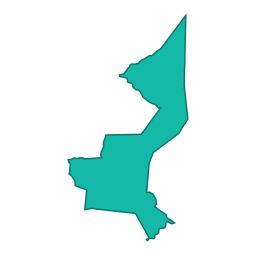 outline of La Croix Maingot, Anse-la-Raye, Saint Lucia, rotated 90°
{"feature_id": "8701671B12954312315710", "entity_name": "La Croix Maingot", "entity_type": "district", "adm_level": 2, "iso_a3": "LCA", "parent_name": "Saint Lucia", "parent_adm1": "Anse-la-Raye", "projection": "albers", "projection_center": [-61.005, 13.965], "detail": "fine", "context": "isolated", "style": "filled", "palette": "teal", "viewbox_px": 256, "rotation_deg": 90, "n_neighbors": 0, "source": "geoboundaries", "source_scale": "gbopen_adm2", "svg_char_len": 2216}
<svg xmlns="http://www.w3.org/2000/svg" viewBox="0 0 256 256"><g transform="rotate(90 128 128)"><path d="M15.4,70.2L48.8,95.3L51.2,99.2L54.0,102.3L55.0,103.2L55.7,104.1L55.7,106.6L57.3,109.2L58.2,110.5L59.0,111.9L60.2,114.6L61.6,116.2L63.4,117.6L63.7,119.8L64.2,120.8L64.0,124.0L64.9,125.9L67.2,126.7L68.0,128.0L69.5,128.9L70.5,129.3L71.2,130.3L73.1,131.5L74.1,132.6L74.8,136.4L74.7,136.6L74.9,136.6L75.0,136.5L76.4,136.1L76.6,135.5L76.8,134.7L76.9,134.1L77.1,132.6L77.5,131.2L78.1,129.6L78.8,128.8L79.7,128.6L80.3,128.5L81.1,128.6L81.6,128.4L82.4,127.9L82.7,127.0L82.9,126.0L83.1,124.8L83.5,124.1L84.0,123.5L84.7,123.1L85.6,123.2L86.5,123.4L87.0,123.0L87.8,122.3L88.6,121.4L89.5,120.1L89.9,119.6L90.0,118.7L90.1,117.6L92.2,115.6L97.3,112.8L101.7,107.1L103.2,104.7L104.7,100.3L108.1,97.3L107.9,95.4L134.3,114.7L135.0,150.1L137.6,150.8L139.3,151.4L142.7,152.6L146.8,152.4L148.7,153.3L152.6,155.0L155.0,155.2L156.4,154.9L157.7,154.1L158.9,171.5L158.7,171.8L157.7,173.4L157.9,176.5L158.4,178.2L158.4,180.0L157.9,182.1L159.5,184.9L159.8,187.8L162.1,187.2L162.5,186.8L163.3,185.8L163.7,185.8L164.5,185.7L167.3,186.0L169.1,186.1L171.1,186.3L173.8,186.9L174.2,186.7L174.5,186.5L174.6,186.1L174.7,185.8L175.0,185.5L176.1,184.3L176.8,183.8L178.7,182.5L179.4,182.1L181.2,181.0L183.5,180.9L184.2,180.8L185.7,180.7L188.2,174.0L189.9,169.3L202.4,170.5L203.3,170.6L204.4,170.8L209.3,171.1L209.6,171.4L209.8,171.7L209.7,170.9L208.4,164.8L208.6,161.5L209.0,159.9L213.4,120.5L237.5,107.0L239.5,109.5L239.9,109.3L240.6,108.3L240.6,108.2L238.2,106.7L238.4,103.9L238.7,102.2L237.6,101.2L236.3,101.4L235.3,101.4L234.5,100.1L233.9,98.4L233.1,98.2L232.4,97.4L229.0,96.9L228.2,96.0L228.2,93.1L228.1,92.1L227.3,91.1L226.1,90.5L224.4,90.2L223.1,90.3L221.4,88.8L222.1,87.7L223.8,84.4L222.9,81.5L220.3,84.8L219.2,86.9L217.2,89.5L214.7,89.9L212.3,93.2L212.1,93.5L209.7,97.6L208.6,98.7L207.8,99.6L206.7,101.4L205.5,100.7L204.1,99.6L202.8,99.5L198.9,100.3L196.0,102.0L194.3,103.1L193.6,103.7L193.0,105.1L192.2,106.5L192.3,107.5L192.5,109.4L180.1,108.3L163.2,106.9L152.5,102.7L152.3,102.4L152.2,102.3L144.1,91.5L133.7,77.6L119.1,68.2L85.7,71.8L80.0,71.7L70.2,71.5L63.5,71.3L15.4,70.2Z" fill="#14b8a6" stroke="#0f766e" stroke-width="1.5"/></g></svg>